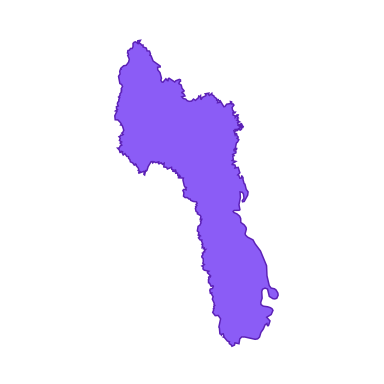 Santa María, Herrera, Panama, rotated 78°
{"feature_id": "35544464B33325407624230", "entity_name": "Santa María", "entity_type": "district", "adm_level": 2, "iso_a3": "PAN", "parent_name": "Panama", "parent_adm1": "Herrera", "projection": "orthographic", "projection_center": [-80.702, 8.094], "detail": "fine", "context": "isolated", "style": "filled", "palette": "violet", "viewbox_px": 384, "rotation_deg": 78, "n_neighbors": 0, "source": "geoboundaries", "source_scale": "gbopen_adm2", "svg_char_len": 6073}
<svg xmlns="http://www.w3.org/2000/svg" viewBox="0 0 384 384"><g transform="rotate(78 192 192)"><path d="M195.3,138.6L194.6,139.3L190.4,139.5L188.7,139.1L186.9,139.7L186.7,140.1L188.6,140.8L188.5,142.3L185.4,142.8L184.8,143.7L183.2,141.2L177.5,141.7L177.4,145.0L176.3,144.2L174.5,144.4L173.5,147.0L172.6,146.5L171.2,142.8L169.6,146.2L168.7,144.8L165.5,144.7L165.2,143.3L163.7,144.3L162.8,140.9L161.2,140.6L160.4,142.3L159.1,142.1L158.8,141.6L159.7,140.1L159.4,139.5L158.7,139.2L158.2,140.5L154.4,138.9L153.0,138.1L152.8,137.3L150.6,135.3L148.8,136.7L148.5,135.7L147.8,135.4L146.1,136.4L144.4,136.2L143.8,136.9L145.1,137.9L140.9,138.2L141.6,136.5L140.9,135.8L139.9,136.6L140.0,135.5L141.1,134.7L140.0,134.0L139.2,131.9L140.8,133.1L141.5,131.7L140.5,130.2L138.8,130.0L139.4,128.8L138.6,128.3L137.4,130.1L136.7,130.0L137.0,129.0L135.5,129.4L135.5,130.5L136.6,131.3L137.6,130.5L138.6,130.8L136.4,133.0L135.8,131.8L135.3,132.9L133.6,133.0L133.3,130.8L131.2,133.0L131.0,132.0L129.4,132.3L129.2,131.3L127.8,131.9L126.2,130.8L125.9,132.0L127.9,134.2L126.4,134.0L125.2,135.8L123.2,135.5L123.6,133.7L122.9,133.0L122.5,134.9L121.4,134.7L120.5,135.3L117.7,135.2L115.7,132.9L114.3,133.6L114.1,134.9L112.1,134.5L111.5,135.6L113.5,135.8L113.3,139.9L115.2,141.9L115.2,143.1L108.5,145.5L108.5,146.1L110.1,145.6L110.0,148.5L107.2,147.2L107.3,148.8L105.8,148.5L103.5,150.5L102.3,150.7L101.3,152.2L99.6,152.1L101.2,154.9L100.1,155.6L98.8,154.9L98.7,158.7L100.0,158.1L100.7,158.5L101.6,162.2L103.2,163.6L102.9,164.1L99.6,163.6L100.3,164.5L99.6,165.5L101.0,166.0L103.1,169.6L101.4,171.2L103.0,173.5L102.7,176.1L101.5,177.9L99.8,178.8L98.8,181.0L96.8,182.2L96.6,178.9L94.5,179.6L92.8,181.3L92.2,180.8L92.1,179.2L91.3,178.7L88.5,180.2L85.1,180.3L83.3,182.3L81.7,181.4L81.3,180.2L79.9,180.0L79.2,181.0L79.8,184.7L80.8,186.0L75.9,190.8L76.3,191.7L78.1,192.3L77.9,193.0L75.8,194.0L78.6,197.6L78.3,198.4L76.3,199.3L74.4,198.2L68.6,198.5L65.4,200.1L62.8,199.7L63.1,197.1L62.2,196.9L55.8,202.8L50.3,203.7L49.4,204.8L48.3,203.9L45.3,204.3L44.6,206.6L41.7,206.8L39.9,209.7L38.1,209.3L37.7,210.9L36.3,211.4L35.5,213.1L32.9,210.9L32.8,213.6L35.4,214.2L33.4,215.9L33.4,217.3L34.4,218.8L37.6,219.5L39.2,220.7L38.8,222.3L40.2,223.7L40.3,225.3L42.6,226.2L43.0,225.6L44.4,225.6L45.0,226.5L49.0,225.7L51.7,227.0L54.4,230.0L54.3,232.6L56.2,235.9L57.1,235.8L57.0,236.4L58.9,237.6L61.6,237.8L63.5,239.8L70.9,240.0L72.2,238.5L74.3,238.0L76.5,239.9L77.6,239.5L78.5,240.4L79.4,240.1L81.0,242.1L82.4,242.2L83.4,243.5L84.1,243.2L84.1,244.0L85.2,243.5L86.6,244.5L88.0,244.7L88.8,246.0L90.3,246.7L92.5,246.2L92.8,248.2L94.9,248.5L95.9,247.8L96.8,250.0L97.5,248.7L101.4,251.7L105.4,252.1L106.0,249.6L109.0,247.7L110.8,247.0L111.6,247.9L112.1,246.7L113.0,246.3L117.4,245.9L119.3,247.3L119.8,248.5L121.5,247.4L121.9,248.8L121.5,249.8L122.6,250.9L122.7,251.9L124.6,251.0L126.5,252.3L128.4,250.5L128.8,251.8L129.6,252.1L130.6,251.1L131.7,251.0L131.9,252.5L133.8,254.0L133.6,255.7L136.0,254.3L138.3,254.2L138.4,253.4L137.6,252.6L138.2,251.5L139.6,252.1L141.5,251.6L140.5,249.6L143.6,248.4L144.2,246.8L146.0,247.0L147.2,246.1L149.7,246.0L151.1,244.0L153.7,242.9L153.7,242.1L152.8,241.6L153.4,240.9L155.0,240.9L157.6,239.5L159.1,239.5L159.8,240.2L161.0,238.8L162.0,240.1L162.5,240.0L161.8,234.8L162.4,234.5L164.8,235.4L165.5,234.8L161.5,233.0L162.0,232.3L161.4,231.5L158.0,229.6L153.9,225.8L153.9,224.8L155.4,224.4L154.4,223.0L155.7,221.4L155.6,218.3L157.1,218.9L157.6,218.5L157.0,216.1L158.8,215.2L158.1,213.3L161.6,214.4L162.7,211.7L164.4,211.3L163.6,206.9L165.7,207.1L166.5,205.9L167.7,206.4L168.5,204.6L167.0,204.1L167.1,203.5L169.4,203.4L170.3,203.9L170.5,202.2L172.8,202.4L172.9,200.8L174.2,200.3L174.4,202.1L175.3,202.3L176.6,197.5L178.3,198.4L184.2,198.3L185.7,197.9L186.4,196.6L187.2,197.3L188.6,197.3L187.7,199.2L188.5,200.6L191.1,200.1L194.3,201.2L196.0,199.9L196.5,197.7L198.3,196.4L198.5,195.3L199.9,195.0L201.5,192.8L202.6,189.6L204.3,189.4L204.9,190.6L206.3,190.1L207.0,191.5L207.9,191.3L208.7,192.1L211.8,192.1L213.3,190.7L214.4,191.3L216.7,188.7L217.9,188.4L220.3,189.6L220.7,188.1L222.0,188.9L222.1,189.8L224.0,189.6L226.0,191.1L226.9,193.2L231.2,194.9L232.9,193.7L235.4,194.8L235.4,193.9L236.6,193.0L236.7,194.2L237.6,194.0L238.2,195.2L240.6,194.0L241.1,192.4L241.9,192.9L244.5,192.3L245.2,193.1L245.5,192.5L248.3,193.6L248.0,192.8L249.8,192.7L249.4,191.6L251.2,191.7L251.2,190.9L252.1,192.1L253.1,192.1L253.0,193.2L254.1,193.8L254.0,194.5L255.7,194.4L256.8,195.8L258.2,195.8L259.3,194.9L262.7,195.5L263.9,196.3L265.6,195.0L266.4,197.7L267.7,196.6L269.5,197.3L271.0,196.3L273.0,192.1L273.7,193.6L274.4,193.6L278.0,191.2L278.8,191.8L278.2,192.3L278.8,193.5L280.7,193.5L281.0,194.1L284.2,194.7L284.8,193.8L288.2,192.9L288.0,191.1L288.6,190.7L290.6,192.0L290.7,194.3L291.8,195.0L294.8,195.1L294.8,193.7L295.8,194.2L298.8,193.1L301.0,194.4L305.3,193.4L307.1,193.9L307.6,193.3L308.7,194.6L310.3,194.5L310.7,195.4L311.9,195.3L314.1,196.8L317.8,195.0L318.2,192.0L322.0,190.4L329.7,193.8L330.8,193.5L336.5,194.2L337.2,193.2L338.1,193.0L337.2,192.0L337.3,190.9L339.9,190.8L340.3,191.6L341.0,190.6L345.1,188.4L346.3,186.5L347.2,187.1L348.3,186.9L349.4,185.6L351.2,185.0L350.6,182.3L348.5,181.3L350.2,177.6L345.6,175.8L344.1,173.5L344.8,170.5L349.2,160.9L349.3,158.3L347.9,156.1L343.7,153.8L340.8,150.7L337.2,148.2L336.2,146.1L338.3,146.0L338.7,145.5L338.2,144.7L334.3,142.5L330.0,145.0L328.3,140.0L324.6,137.4L322.8,138.0L321.5,139.3L320.0,141.8L318.5,146.0L316.5,147.9L314.2,147.7L310.5,145.5L304.0,144.5L301.8,143.3L301.2,140.6L302.6,138.3L310.2,138.1L313.2,135.0L313.8,133.2L313.6,131.2L310.9,129.2L308.7,129.0L305.2,130.2L303.8,131.5L302.4,134.6L299.6,135.9L289.6,136.1L279.6,134.4L263.9,137.3L255.7,141.1L251.5,142.3L247.7,147.0L245.3,148.6L243.8,148.7L239.7,146.6L237.9,146.5L235.0,147.8L231.9,150.6L228.1,149.9L225.6,150.4L222.7,152.6L220.7,155.4L219.5,155.8L218.8,154.6L219.7,149.7L219.3,148.8L214.2,148.7L207.5,145.8L201.9,145.0L202.8,142.8L204.8,142.1L209.0,142.5L211.0,144.7L212.1,144.6L212.1,142.9L206.7,138.2L203.5,137.1L200.7,138.4L195.3,138.6Z" fill="#8b5cf6" stroke="#5b21b6" stroke-width="1.5"/></g></svg>